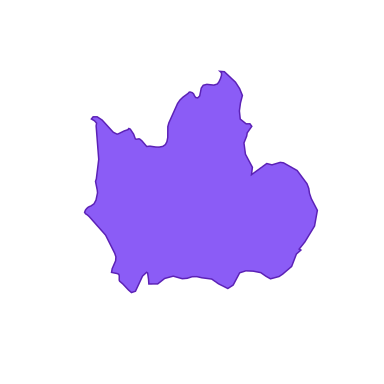 the Province of Louang Namtha, rotated 305°
{"feature_id": "LAO-3272", "entity_name": "Louang Namtha", "entity_type": "Province", "adm_level": 1, "iso_a3": "LAO", "parent_name": "Laos", "parent_adm1": "", "projection": "mercator", "projection_center": [101.159, 20.926], "detail": "fine", "context": "isolated", "style": "filled", "palette": "violet", "viewbox_px": 384, "rotation_deg": 305, "n_neighbors": 0, "source": "natural_earth", "source_scale": "10m", "svg_char_len": 1856}
<svg xmlns="http://www.w3.org/2000/svg" viewBox="0 0 384 384"><g transform="rotate(305 192 192)"><path d="M194.1,67.7L196.9,67.9L199.2,71.2L199.4,77.1L195.8,93.2L196.4,97.5L197.8,98.5L203.1,101.4L206.5,103.9L207.3,103.7L207.8,103.8L208.1,105.4L205.9,111.0L203.0,115.1L203.4,116.3L205.1,118.0L205.4,118.8L205.2,121.5L203.3,128.8L205.4,131.2L208.1,136.6L209.9,139.3L212.7,142.0L215.6,143.0L218.8,142.6L222.7,140.9L231.7,134.7L235.3,133.4L256.3,129.4L260.5,129.4L264.5,130.2L270.7,132.3L272.0,132.4L272.8,133.0L273.5,135.2L273.3,137.0L272.2,138.9L271.5,140.8L272.4,142.7L275.1,143.2L282.4,140.0L285.9,140.0L288.7,142.4L292.1,148.6L295.0,150.8L297.6,150.9L301.2,150.3L304.6,149.2L306.6,147.7L306.9,145.7L309.1,149.5L306.9,164.6L304.0,171.7L300.0,177.9L292.8,180.6L285.6,184.3L279.4,189.7L278.9,197.3L281.1,200.3L280.1,203.3L272.1,203.3L269.2,204.7L262.0,206.4L253.6,214.1L246.9,227.3L240.3,230.8L258.2,236.9L260.1,241.9L266.9,247.3L268.4,250.3L269.9,265.8L264.7,281.5L261.9,285.6L258.3,289.0L255.0,293.5L248.9,305.2L234.4,311.9L215.8,313.1L206.7,312.5L206.9,314.5L201.1,313.1L188.2,316.3L176.8,313.4L172.7,311.8L165.9,306.1L165.4,301.0L165.4,294.6L162.3,287.6L158.3,281.3L153.1,277.4L139.4,279.1L133.5,276.7L132.0,266.4L132.0,258.1L127.3,249.1L125.5,244.6L122.7,240.7L118.6,237.6L115.4,233.8L112.3,224.9L105.5,219.2L97.0,216.6L92.2,209.8L91.9,209.4L95.4,206.6L100.2,202.1L100.2,200.9L94.8,199.7L78.3,202.6L74.9,200.1L75.3,196.2L77.0,188.1L77.4,183.9L78.1,182.9L81.6,180.5L82.6,179.2L82.3,177.6L80.0,172.2L83.4,170.6L91.8,168.9L95.2,166.9L97.5,163.8L107.1,146.0L112.9,121.9L113.2,119.5L113.1,117.3L113.7,115.7L116.1,115.1L117.9,115.2L119.5,115.5L121.1,116.2L122.5,117.2L126.1,118.5L130.3,118.0L137.1,115.1L139.1,113.4L145.3,106.9L147.9,106.1L165.2,96.9L191.1,75.6L193.7,74.3L194.4,71.3L194.1,67.7Z" fill="#8b5cf6" stroke="#5b21b6" stroke-width="1.5"/></g></svg>